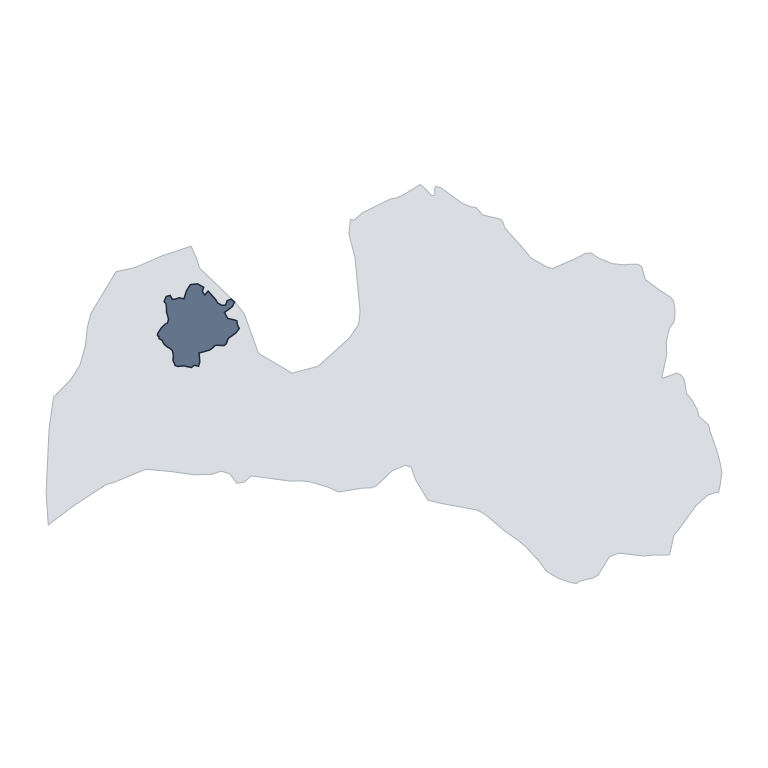 Latvia, with Talsi highlighted
{"feature_id": "LVA-1091", "entity_name": "Talsi", "entity_type": "Municipality", "adm_level": 1, "iso_a3": "LVA", "parent_name": "Latvia", "parent_adm1": "", "projection": "albers", "projection_center": [22.585, 57.256], "detail": "fine", "context": "in_parent", "style": "filled", "palette": "slate", "viewbox_px": 768, "rotation_deg": 0, "n_neighbors": 0, "source": "natural_earth", "source_scale": "10m", "svg_char_len": 2848}
<svg xmlns="http://www.w3.org/2000/svg" viewBox="0 0 768 768"><path d="M576.8,583.4L571.9,582.9L558.1,578.3L546.2,571.1L538.9,561.0L526.3,547.3L518.2,540.4L505.7,531.8L484.7,514.0L477.2,510.1L441.1,503.4L428.0,500.2L415.4,479.4L411.2,467.2L405.3,465.2L399.0,468.0L392.2,470.7L376.6,485.6L371.5,487.8L361.5,488.2L338.4,492.0L327.7,487.0L309.2,481.6L299.2,480.8L290.4,481.1L251.2,475.9L244.1,482.2L236.9,483.3L229.8,473.8L221.1,471.2L211.5,474.4L194.0,474.8L173.3,471.8L146.9,469.3L143.0,470.3L113.6,482.6L106.3,484.5L74.1,505.4L48.3,524.9L46.1,492.8L49.1,428.9L53.5,397.3L71.1,379.2L80.0,364.9L85.4,345.8L87.2,328.1L90.9,313.5L116.0,271.7L135.5,267.4L161.8,255.9L191.1,246.2L196.7,258.6L199.6,268.1L235.2,302.4L244.3,313.9L258.5,353.4L292.0,373.1L318.0,366.3L329.2,356.3L349.6,337.8L358.6,324.4L360.1,311.7L355.0,257.5L348.9,234.1L350.4,219.5L354.0,220.1L362.5,212.8L390.6,198.9L396.3,198.1L402.7,195.2L420.2,184.6L426.2,189.7L431.2,195.5L433.9,195.5L435.1,193.2L434.5,189.3L435.7,186.5L440.9,187.8L462.3,203.3L470.5,206.8L476.0,207.6L482.9,215.0L500.9,219.3L503.3,223.1L504.9,228.0L522.7,247.9L530.8,257.9L546.2,266.7L552.7,268.6L578.2,257.3L585.2,253.4L591.2,253.0L597.7,257.7L612.0,263.6L624.9,264.9L627.1,264.3L637.9,264.2L641.8,266.7L645.3,279.7L658.3,289.2L670.2,297.0L673.4,300.8L674.9,308.4L674.9,317.5L673.8,322.2L669.5,328.0L666.3,341.9L666.7,354.9L661.8,377.7L663.3,378.0L676.9,373.0L681.0,375.0L684.4,379.7L686.5,393.6L691.6,399.6L697.0,409.1L699.1,416.6L708.7,425.1L709.9,430.9L717.1,451.4L720.2,463.2L721.9,472.5L720.2,484.5L718.5,492.7L715.6,492.5L707.7,495.2L695.7,505.9L678.3,530.1L673.8,535.5L670.0,553.2L669.0,555.0L657.7,555.1L654.7,554.9L643.5,556.0L618.8,553.1L609.5,556.7L598.2,575.0L593.6,577.9L579.2,581.2L576.8,583.4Z" fill="#d9dde1" stroke="#a8b0b8" stroke-width="1"/><path d="M231.2,299.1L234.6,302.0L232.4,306.5L228.9,309.2L224.5,312.4L227.7,318.5L233.5,319.7L236.9,320.8L237.5,325.1L239.3,328.4L235.6,333.2L229.9,337.2L228.9,337.8L227.3,340.4L227.1,341.7L226.6,343.0L225.6,344.4L223.8,345.6L216.5,345.2L214.4,345.8L213.8,346.7L213.0,347.6L210.0,349.9L201.6,352.4L199.1,352.9L199.8,361.9L198.5,366.3L194.4,365.2L191.5,367.5L186.8,366.6L184.2,365.9L177.9,366.4L175.2,365.6L174.3,362.9L173.4,361.7L173.1,360.2L173.0,359.4L173.4,355.6L172.6,351.5L172.1,350.3L170.2,348.5L167.5,347.1L164.2,344.3L163.1,342.6L162.3,340.6L161.7,340.0L159.1,338.7L158.9,336.5L157.6,335.8L157.4,335.2L158.0,332.9L161.6,327.6L165.3,324.0L167.5,323.0L167.9,322.1L168.1,320.4L168.6,320.0L167.3,314.4L166.5,312.3L166.5,309.4L166.2,304.3L165.7,303.3L164.1,301.5L166.2,296.5L170.2,295.4L172.3,299.2L175.2,299.2L179.2,297.7L183.9,298.9L186.5,290.7L190.4,284.6L197.5,283.8L203.7,287.3L202.3,291.5L204.8,295.0L208.1,291.1L215.7,299.6L217.8,303.1L222.2,305.4L225.7,305.0L227.1,300.7L231.2,299.1Z" fill="#64748b" stroke="#1e293b" stroke-width="1.5"/></svg>